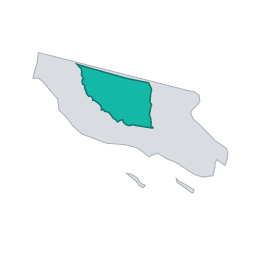 Belize, with Cayo highlighted, rotated 102°
{"feature_id": "BLZ-1324", "entity_name": "Cayo", "entity_type": "District", "adm_level": 1, "iso_a3": "BLZ", "parent_name": "Belize", "parent_adm1": "", "projection": "orthographic", "projection_center": [-88.805, 16.941], "detail": "fine", "context": "in_parent", "style": "filled", "palette": "teal", "viewbox_px": 256, "rotation_deg": 102, "n_neighbors": 0, "source": "natural_earth", "source_scale": "10m", "svg_char_len": 2814}
<svg xmlns="http://www.w3.org/2000/svg" viewBox="0 0 256 256"><g transform="rotate(102 128 128)"><path d="M78.9,77.8L78.8,70.9L81.0,65.4L87.3,63.1L95.5,67.9L98.9,69.9L102.0,68.8L105.8,65.8L110.6,57.4L122.5,39.9L127.3,27.5L131.9,25.0L138.7,24.6L144.5,25.4L140.4,34.4L144.5,35.6L148.2,34.7L157.0,35.0L160.5,44.9L159.6,53.3L151.3,75.3L150.3,82.8L146.5,94.1L151.7,101.6L146.9,111.5L145.2,117.8L144.9,127.5L147.4,145.7L143.5,172.1L136.6,183.6L132.2,188.0L124.5,199.4L114.4,202.8L100.3,221.2L97.8,226.1L99.1,231.3L95.8,231.4L82.3,230.5L73.1,231.4L72.8,231.0L73.6,211.2L74.8,180.5L75.7,158.0L76.6,136.0L77.2,119.6L78.1,97.2L78.9,77.8ZM170.8,68.9L167.2,70.4L170.1,65.8L170.5,62.9L174.6,50.6L177.6,50.6L178.4,51.7L170.8,68.9ZM178.4,108.9L172.6,120.1L172.2,116.9L174.6,108.7L177.9,105.7L179.9,102.7L180.4,99.1L183.2,100.8L182.5,104.4L178.4,108.9Z" fill="#d9dde1" stroke="#a8b0b8" stroke-width="1"/><path d="M76.2,191.2L76.9,183.0L78.4,160.6L79.7,139.9L79.6,117.2L81.9,115.3L85.1,113.2L86.2,112.8L87.0,112.8L87.6,113.0L88.2,113.1L97.1,112.1L98.1,111.8L98.9,111.2L99.4,110.6L99.9,110.0L100.4,109.8L101.6,110.0L102.9,110.1L104.7,110.0L105.5,110.1L106.6,109.9L108.6,110.0L110.4,109.8L111.7,109.3L114.0,107.8L115.3,107.3L116.1,107.2L117.7,106.4L118.3,106.3L119.3,106.6L121.1,105.9L121.6,105.1L122.0,104.1L122.7,103.7L123.0,104.2L123.1,105.3L123.9,121.2L123.8,124.1L123.9,124.6L124.8,125.8L125.4,127.3L125.5,128.2L125.5,128.9L125.1,129.9L125.0,130.4L124.8,131.3L124.6,131.7L124.4,131.9L124.3,132.0L124.1,132.2L124.0,132.5L123.9,132.9L123.7,133.4L123.5,133.6L123.3,133.7L123.1,133.9L121.4,134.5L121.1,135.3L121.4,135.9L122.5,137.7L123.6,138.7L124.1,139.2L124.1,139.9L123.7,140.3L123.3,140.6L123.0,140.9L122.2,142.5L121.8,143.8L121.3,144.7L120.8,145.4L120.0,146.0L119.6,146.4L119.1,147.3L116.8,149.8L116.6,150.2L116.6,150.6L116.7,150.9L116.7,151.4L116.5,152.5L116.5,152.9L116.6,153.9L116.5,154.3L116.4,154.6L116.2,154.9L116.0,155.1L115.2,155.4L114.8,155.9L114.7,156.1L114.7,156.4L115.7,157.1L116.0,157.5L115.8,157.9L115.4,158.0L114.1,158.2L112.6,158.7L112.2,159.0L111.8,159.4L109.7,162.6L109.3,163.8L108.5,165.3L108.0,166.9L108.0,167.2L108.3,168.3L107.0,168.3L106.4,168.7L106.2,168.8L105.8,169.3L104.9,170.3L104.7,170.7L104.7,171.1L105.0,172.4L105.1,172.8L104.8,173.6L103.3,175.2L102.1,176.2L101.7,176.3L101.1,176.5L100.6,176.8L98.5,178.4L97.8,178.8L97.4,178.9L97.0,178.9L96.6,178.9L95.7,179.3L95.3,179.6L94.9,180.0L94.6,180.5L94.7,181.4L94.4,181.6L91.3,182.8L90.9,182.9L90.6,182.9L90.3,182.7L89.8,182.2L89.6,182.0L89.3,181.8L89.0,181.7L88.8,181.8L88.3,182.4L86.7,183.9L86.1,184.3L85.6,184.6L84.3,184.7L83.8,184.9L83.5,184.9L82.5,185.0L79.8,186.1L79.5,186.4L79.1,186.7L78.9,187.1L78.8,187.3L78.8,187.7L78.6,188.0L78.4,188.4L77.9,189.0L77.5,189.4L77.1,189.9L76.2,191.2Z" fill="#14b8a6" stroke="#0f766e" stroke-width="1.5"/></g></svg>